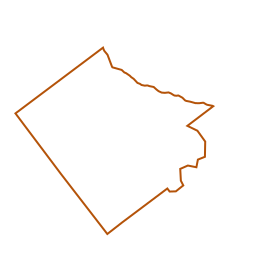 the district of La Crosse, Wisconsin, United States of America, rotated 143°
{"feature_id": "52423323B46619717381049", "entity_name": "La Crosse", "entity_type": "district", "adm_level": 2, "iso_a3": "USA", "parent_name": "United States of America", "parent_adm1": "Wisconsin", "projection": "mercator", "projection_center": [-91.275, 43.907], "detail": "fine", "context": "isolated", "style": "outline", "palette": "amber", "viewbox_px": 256, "rotation_deg": 143, "n_neighbors": 0, "source": "geoboundaries", "source_scale": "gbopen_adm2", "svg_char_len": 847}
<svg xmlns="http://www.w3.org/2000/svg" viewBox="0 0 256 256"><g transform="rotate(143 128 128)"><path d="M189.4,56.1L133.0,56.0L133.0,52.2L127.9,48.6L118.4,48.9L117.5,54.1L110.9,63.9L102.8,62.0L97.0,55.5L91.2,60.7L83.9,58.7L74.5,70.7L74.2,84.0L79.3,94.0L46.8,94.1L47.1,94.8L50.8,98.9L51.4,100.0L52.4,102.5L52.8,103.0L56.3,105.0L59.2,107.3L62.5,111.6L65.2,114.6L65.8,115.7L66.3,119.4L68.1,123.5L68.4,123.8L69.9,124.6L71.2,125.8L71.7,126.6L72.9,129.8L74.2,132.0L77.4,133.9L79.8,136.0L81.4,139.0L82.1,141.6L82.8,145.3L85.8,148.7L86.6,150.0L87.3,150.6L89.1,151.7L91.3,154.2L91.9,156.1L93.3,158.3L93.9,163.9L94.8,166.6L95.1,168.7L96.5,172.9L97.5,174.6L98.1,178.2L101.0,182.0L103.9,185.8L103.9,186.5L100.3,198.8L100.5,203.8L100.2,205.4L99.6,207.2L209.1,207.4L209.2,131.3L208.3,55.8L189.4,56.1Z" fill="none" stroke="#b45309" stroke-width="2"/></g></svg>